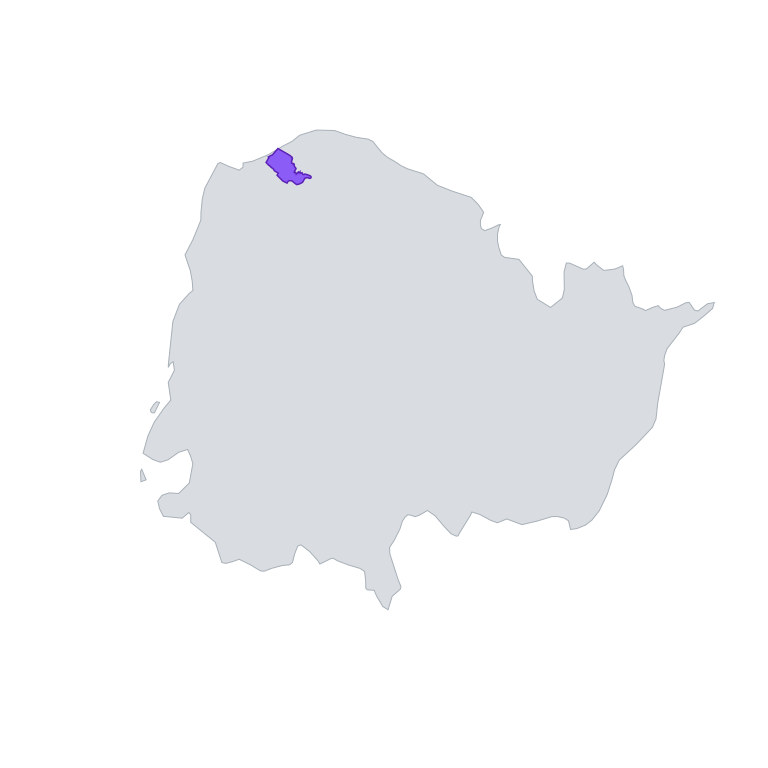 location of Svay Chek, Bântéay Méanchey, Cambodia, rotated 30°
{"feature_id": "14789045B19114929433175", "entity_name": "Svay Chek", "entity_type": "district", "adm_level": 2, "iso_a3": "KHM", "parent_name": "Cambodia", "parent_adm1": "Bântéay Méanchey", "projection": "robinson", "projection_center": [103.023, 13.816], "detail": "fine", "context": "in_parent", "style": "filled", "palette": "violet", "viewbox_px": 768, "rotation_deg": 30, "n_neighbors": 0, "source": "geoboundaries", "source_scale": "gbopen_adm2", "svg_char_len": 5994}
<svg xmlns="http://www.w3.org/2000/svg" viewBox="0 0 768 768"><g transform="rotate(30 384 384)"><path d="M629.3,148.3L630.8,154.4L626.8,165.8L622.6,176.2L614.5,185.3L614.2,191.9L611.5,211.8L612.6,218.2L614.5,223.6L617.1,226.5L624.2,246.0L630.6,263.7L637.0,278.2L638.1,287.4L632.5,310.8L625.8,332.2L626.5,342.8L629.4,353.5L632.5,367.8L633.8,386.0L632.1,397.9L629.1,405.3L623.3,412.8L618.3,416.7L612.2,410.2L607.3,410.0L600.8,411.9L595.7,414.9L585.3,426.0L573.8,436.8L557.8,439.5L551.6,447.5L545.0,448.7L532.3,449.1L524.1,450.9L524.5,455.0L523.9,474.0L524.0,478.4L522.8,479.6L517.0,480.2L507.3,477.3L494.2,472.6L484.9,471.8L480.1,480.1L477.2,483.4L473.7,483.9L470.0,485.3L468.8,489.0L468.5,493.7L470.3,501.6L471.0,514.2L470.5,522.7L474.0,528.2L494.1,546.4L500.0,551.0L500.7,553.7L497.2,563.6L500.4,577.5L494.1,577.3L483.6,571.3L478.6,567.6L472.5,570.6L470.4,570.0L466.3,563.2L460.9,556.1L455.4,555.7L443.7,558.5L431.8,560.4L427.2,560.3L425.4,561.6L418.5,572.0L415.5,570.2L403.5,566.3L392.5,564.8L390.3,567.5L391.6,576.0L394.0,584.3L392.6,587.8L386.6,592.1L378.7,600.0L373.8,606.1L370.4,607.6L358.3,607.4L346.2,608.2L341.3,613.9L336.8,618.4L332.9,619.7L317.0,605.4L285.7,600.4L282.2,594.1L279.2,592.9L276.3,601.1L259.1,608.9L251.9,604.2L246.6,598.4L247.4,591.4L252.4,585.7L260.9,581.5L264.9,567.1L258.3,548.6L252.6,543.2L246.6,538.9L240.3,545.8L234.9,557.6L229.4,563.6L221.5,565.0L210.0,564.5L205.5,546.9L204.1,531.9L205.6,514.7L207.4,504.5L196.3,490.4L195.7,477.0L190.3,470.1L188.7,473.6L188.9,477.5L187.4,474.7L169.9,435.4L167.0,417.2L170.0,403.2L171.7,398.5L166.7,391.1L159.6,382.7L147.1,371.7L146.3,354.3L143.5,333.8L139.7,326.9L134.0,314.3L130.9,303.9L129.9,276.2L131.5,274.0L140.3,273.2L151.7,271.2L153.5,266.7L151.5,263.1L158.8,256.8L169.2,243.1L177.3,228.8L183.1,219.7L186.6,210.7L198.3,198.0L214.4,189.2L225.4,187.2L236.8,184.2L247.8,179.9L252.9,179.5L266.5,184.7L273.9,186.0L281.6,185.9L289.6,186.4L296.6,185.9L313.2,182.3L330.9,185.2L346.6,182.9L366.2,178.8L375.8,181.4L384.5,185.5L385.7,194.0L387.8,197.8L390.7,200.8L394.6,200.8L399.5,194.9L403.7,188.8L405.0,187.7L405.2,190.7L407.3,197.3L411.0,203.7L414.8,208.0L421.1,213.7L425.2,214.0L438.5,208.6L458.5,216.4L460.9,220.3L467.4,228.3L474.4,234.0L490.0,234.4L495.5,220.3L492.8,211.8L483.9,196.9L481.4,188.1L484.3,186.5L499.3,184.9L501.8,183.1L505.1,173.5L509.2,174.6L517.5,175.8L526.3,169.2L531.6,162.3L534.4,165.4L537.6,170.3L541.0,173.1L547.4,177.3L554.4,183.2L558.7,188.9L562.2,191.2L571.2,189.6L573.6,189.8L578.8,182.8L582.4,179.0L585.5,180.1L590.0,180.0L599.3,171.1L604.6,162.9L607.5,160.7L615.9,164.8L619.3,163.9L624.1,152.7L629.3,148.3ZM199.6,523.7L197.9,524.8L196.3,524.8L194.6,523.2L194.8,516.8L196.0,513.0L198.8,512.2L199.6,523.7ZM225.9,585.9L222.4,590.2L216.8,581.4L216.8,579.0L225.9,585.9Z" fill="#d9dde1" stroke="#a8b0b8" stroke-width="1"/><path d="M216.6,240.7L216.3,240.7L215.7,240.6L215.3,240.7L214.8,240.8L214.4,240.9L214.1,240.9L213.6,241.0L213.1,241.0L212.6,241.1L212.1,241.3L211.7,241.4L211.3,241.5L211.0,241.6L210.7,241.7L210.6,241.9L210.4,241.9L210.1,242.1L209.9,242.3L209.8,242.7L209.7,242.8L209.4,242.9L209.0,242.9L208.5,242.9L208.2,242.7L207.9,242.5L207.6,242.1L207.4,242.0L207.2,242.2L206.9,242.5L206.5,242.9L206.2,243.1L205.9,243.0L205.7,242.9L205.4,242.6L205.2,242.5L205.1,242.3L205.0,242.7L205.0,243.1L204.9,243.4L204.8,243.6L204.5,243.6L204.3,243.5L204.2,243.4L204.0,243.2L203.8,243.1L203.7,243.3L203.7,243.5L203.7,244.0L203.6,244.4L203.6,244.7L203.5,245.1L203.4,245.2L203.2,245.2L202.9,245.3L202.9,245.6L202.7,245.3L202.4,245.3L202.1,245.3L201.9,245.1L201.6,245.0L201.4,245.3L201.2,245.6L201.0,245.8L200.9,245.8L200.8,245.7L200.7,245.6L200.4,245.6L200.3,245.3L200.3,245.1L200.2,244.7L200.2,244.3L200.2,244.1L200.2,243.8L200.2,243.3L200.2,242.9L200.2,242.4L200.2,242.1L200.2,241.7L200.1,241.4L199.9,241.2L199.6,241.1L199.2,241.0L198.8,240.8L198.5,240.7L198.2,240.6L197.9,240.4L197.6,240.1L197.4,240.0L197.1,239.9L196.9,239.7L196.6,239.3L196.6,239.1L196.5,238.9L196.5,238.7L196.4,238.6L196.2,238.5L195.8,238.5L195.7,238.4L195.5,238.5L195.3,238.4L195.2,238.5L195.1,238.8L194.9,238.9L194.7,238.9L194.2,238.7L193.7,238.7L193.6,238.8L193.5,238.7L193.4,238.7L193.3,238.4L193.2,238.3L193.2,238.2L193.1,237.9L192.9,237.8L192.7,237.7L192.8,237.7L192.7,237.6L192.6,237.4L192.5,237.2L192.4,237.0L192.4,236.9L192.4,236.7L192.4,236.4L192.4,236.2L192.3,235.9L192.3,235.7L192.2,235.7L192.2,235.4L192.0,235.2L191.9,234.8L191.8,234.7L191.8,234.4L191.7,234.4L191.6,234.2L191.3,233.9L191.2,233.7L190.9,233.5L190.6,233.6L190.3,233.6L189.9,233.6L189.7,233.4L189.3,233.3L189.0,233.2L188.5,233.2L188.2,233.1L187.7,233.1L187.4,233.1L186.8,233.1L180.2,233.1L177.9,233.1L174.4,233.1L172.8,241.5L171.8,242.6L171.2,243.7L170.9,244.2L170.9,244.3L170.4,245.1L171.1,245.1L171.1,251.1L173.8,251.9L174.0,251.9L174.2,252.0L174.4,252.1L174.6,252.1L174.8,252.2L175.1,252.2L175.4,252.1L175.6,252.1L175.9,252.2L176.1,252.3L176.3,252.3L176.5,252.4L176.8,252.5L177.0,252.5L177.1,252.4L177.2,252.5L177.3,252.6L177.5,252.7L177.7,252.8L177.9,252.8L178.1,252.8L178.4,252.8L178.6,252.9L178.9,252.9L179.1,252.9L179.3,252.9L179.5,252.9L179.8,252.9L180.0,252.9L180.3,253.0L182.7,254.2L186.9,254.2L187.0,256.7L194.9,258.8L196.8,258.7L198.0,258.6L199.6,258.5L199.6,256.2L200.0,255.7L200.6,255.2L201.0,254.8L201.4,254.7L201.8,254.5L202.3,254.3L202.7,254.2L202.9,254.2L203.0,254.2L203.4,254.2L203.8,254.3L204.3,254.4L205.0,254.5L205.5,254.6L206.1,254.7L206.7,254.8L207.2,254.8L207.7,254.9L208.2,254.9L208.5,254.9L208.8,254.9L208.9,254.7L209.0,254.6L209.9,253.9L210.0,253.8L210.2,253.6L210.4,253.4L210.5,253.3L210.6,253.2L210.8,252.9L211.1,252.4L211.4,252.0L211.6,251.7L211.9,251.3L212.5,250.3L212.6,249.8L212.7,249.2L212.6,247.9L212.6,247.0L212.7,245.2L212.9,244.9L213.3,244.6L213.9,244.1L214.6,243.7L215.0,243.4L215.4,243.3L215.8,243.3L216.1,243.3L216.5,243.2L216.8,243.1L217.1,242.8L217.4,242.6L217.6,242.3L217.6,242.0L217.5,241.5L217.4,241.2L217.2,241.0L217.0,240.9L216.7,240.8L216.6,240.7Z" fill="#8b5cf6" stroke="#5b21b6" stroke-width="1.5"/></g></svg>